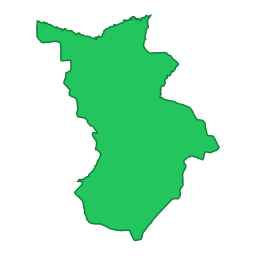 Kouritenga, Kouritenga, Burkina Faso
{"feature_id": "67063806B40595440400203", "entity_name": "Kouritenga", "entity_type": "district", "adm_level": 2, "iso_a3": "BFA", "parent_name": "Burkina Faso", "parent_adm1": "Kouritenga", "projection": "orthographic", "projection_center": [-0.33, 12.181], "detail": "fine", "context": "isolated", "style": "filled", "palette": "green", "viewbox_px": 256, "rotation_deg": 0, "n_neighbors": 0, "source": "geoboundaries", "source_scale": "gbopen_adm2", "svg_char_len": 5624}
<svg xmlns="http://www.w3.org/2000/svg" viewBox="0 0 256 256"><path d="M150.5,15.6L149.9,15.9L148.8,15.9L147.9,16.4L147.2,16.2L146.4,15.4L145.7,15.9L144.3,18.2L143.8,17.5L143.4,17.4L142.6,18.0L141.0,18.2L141.3,20.1L140.8,20.6L140.6,20.1L140.1,19.8L138.9,19.8L138.6,18.5L136.8,18.9L136.7,19.7L135.6,19.5L135.8,18.4L135.0,18.2L135.1,17.5L134.3,17.4L134.2,16.8L133.4,16.6L133.1,16.6L132.0,17.1L131.5,18.3L131.5,18.7L131.8,19.1L131.7,19.6L130.8,19.7L130.2,18.3L129.4,20.0L129.0,19.6L128.3,20.4L127.0,20.2L126.4,21.0L125.6,21.0L124.9,20.7L125.1,20.0L123.6,20.3L123.3,22.3L123.1,22.6L122.5,22.9L120.9,23.1L119.7,23.9L118.3,24.2L117.6,24.9L116.7,25.4L115.1,24.6L114.0,24.8L114.6,25.5L114.3,26.1L113.8,26.5L112.8,26.4L110.4,26.9L110.0,26.8L109.2,28.0L108.2,28.2L107.2,28.8L106.5,28.8L105.9,29.1L104.9,30.2L104.1,30.5L103.8,31.0L104.0,31.9L103.7,32.9L103.4,33.4L103.0,33.5L102.6,34.2L102.5,35.6L102.1,36.3L100.9,36.9L99.1,36.6L98.7,36.1L98.3,36.9L97.7,37.3L97.1,37.1L96.6,37.2L96.9,38.4L96.8,39.1L96.3,39.5L95.6,39.3L95.0,38.8L95.1,37.7L94.1,38.4L93.0,38.2L91.7,38.3L89.8,36.5L88.6,36.6L87.2,36.1L86.2,36.7L85.4,36.5L83.1,35.0L82.1,35.4L81.6,35.4L81.1,34.7L80.1,34.2L79.6,33.7L79.7,33.3L79.2,33.1L78.7,33.0L78.0,33.2L77.6,34.2L75.3,33.8L74.5,33.0L73.6,32.6L71.5,30.6L70.1,30.7L69.4,30.9L68.0,30.7L66.0,30.0L65.5,29.6L65.8,29.2L65.5,28.9L64.6,28.8L64.0,29.0L63.6,29.8L62.3,30.4L61.9,30.2L61.9,29.1L59.7,28.6L58.5,28.0L58.0,28.0L57.0,27.2L56.7,27.6L56.2,27.0L55.0,27.7L50.7,24.8L49.9,24.7L49.7,24.4L48.7,24.6L46.6,22.9L44.7,23.4L44.6,22.5L44.0,22.1L43.6,22.2L43.2,22.6L42.0,22.9L41.2,22.7L39.0,21.4L38.1,21.1L37.3,21.0L37.2,24.6L36.8,27.6L37.0,32.6L37.0,36.0L37.2,37.1L38.4,38.7L41.6,42.2L42.3,42.4L44.2,42.6L51.3,41.9L54.7,41.3L56.0,41.3L59.5,42.3L60.3,43.0L61.0,49.4L60.8,53.7L61.0,56.9L60.8,59.0L61.1,60.6L62.7,60.8L68.7,60.3L69.9,60.6L70.6,60.5L70.9,62.5L71.1,67.3L70.5,70.4L69.7,71.1L65.9,73.0L65.7,77.2L64.4,80.4L63.8,82.9L64.4,84.0L66.9,86.4L68.0,87.8L69.1,88.9L70.1,89.3L69.8,91.2L69.2,92.4L69.5,93.9L69.2,94.7L69.6,95.1L71.2,96.1L71.3,96.5L73.1,96.9L74.5,97.6L75.2,98.0L76.5,99.3L77.2,102.8L77.8,108.5L77.8,109.9L77.0,112.0L76.8,113.1L76.9,114.4L77.1,115.4L77.9,116.7L78.8,117.0L81.9,117.4L84.8,118.1L86.3,119.2L87.3,120.3L87.6,122.4L89.2,124.1L90.2,125.7L91.6,125.7L92.7,126.0L93.6,127.2L95.3,130.0L95.8,130.2L96.3,131.3L97.5,132.9L96.8,133.0L93.3,132.6L92.8,132.8L92.4,133.6L92.4,134.1L92.5,134.9L93.2,136.6L94.6,138.8L95.7,140.1L96.3,141.4L96.7,142.9L96.3,145.7L95.5,148.8L95.6,149.6L95.9,149.8L96.9,149.6L101.0,153.7L100.5,154.1L100.6,155.3L100.1,155.9L99.7,157.7L98.7,159.3L98.4,160.2L97.8,160.4L97.4,162.1L97.1,162.3L97.3,163.0L96.6,163.9L96.1,165.6L94.8,166.3L95.0,167.4L94.9,168.0L94.7,168.4L93.7,169.2L93.5,170.3L93.3,170.3L92.4,171.5L92.0,171.5L90.7,173.0L90.3,173.1L89.2,174.7L88.8,174.7L88.9,175.5L88.5,176.5L87.1,176.7L86.5,177.0L85.4,177.8L84.6,178.6L83.9,178.7L83.5,179.1L83.0,179.3L80.7,179.8L79.9,179.4L79.1,179.6L78.2,180.8L77.8,181.3L82.3,181.6L82.3,183.4L82.0,184.3L81.5,185.2L75.1,191.6L74.8,192.4L74.8,193.0L75.8,194.3L80.4,198.5L82.5,201.0L83.4,202.9L83.2,203.6L83.6,205.5L83.4,206.6L84.0,208.1L84.3,208.2L84.7,211.6L84.5,212.1L84.7,212.7L84.6,213.3L84.7,213.7L85.1,213.9L85.5,214.4L86.1,215.8L86.2,216.7L86.7,217.7L86.6,218.7L87.3,220.0L89.5,222.5L91.8,223.4L96.2,224.0L98.1,223.8L99.8,223.9L101.3,224.3L106.6,226.7L110.3,228.7L114.8,229.8L117.9,230.3L122.3,230.6L123.8,230.3L127.9,230.2L128.5,230.0L129.0,230.2L129.4,230.5L130.5,232.5L131.0,234.1L133.7,239.4L134.4,240.3L135.2,240.6L140.5,239.4L141.0,239.2L141.4,238.7L141.9,237.4L142.2,235.2L142.9,233.0L145.0,230.2L146.0,229.2L146.6,227.8L149.5,224.3L150.8,223.2L153.5,219.2L156.9,215.3L171.1,200.2L173.2,198.8L175.9,198.6L178.0,198.8L178.4,198.5L179.8,196.6L180.4,194.6L179.9,191.1L179.9,190.3L180.9,188.1L183.0,185.2L183.0,184.1L182.4,181.7L183.0,181.7L182.6,175.0L182.9,173.0L183.8,170.9L185.3,168.6L185.8,167.0L185.8,165.1L184.9,164.4L184.6,164.0L184.0,162.3L183.8,161.1L184.1,160.6L185.9,158.9L188.6,156.8L189.2,156.5L189.6,156.8L190.1,156.7L190.8,156.0L192.1,156.0L193.9,156.7L196.3,157.1L197.0,157.3L198.3,158.5L199.7,158.5L201.6,159.4L202.7,159.7L203.7,157.5L204.4,153.5L205.7,151.7L208.7,152.5L210.8,152.6L215.2,150.6L216.3,150.5L217.3,149.5L217.9,149.3L218.0,148.7L218.8,147.9L219.2,147.1L218.5,146.6L216.6,142.4L214.5,138.3L213.4,136.6L212.6,136.1L211.5,135.8L207.6,135.6L207.1,135.2L206.7,132.6L205.2,126.9L205.3,124.6L205.1,123.4L203.8,121.4L202.7,120.6L201.7,120.2L197.6,119.7L196.6,118.9L194.2,115.2L192.3,110.9L190.4,108.3L189.0,107.2L183.2,104.8L178.6,103.7L173.3,101.4L168.9,100.6L164.9,99.6L163.8,99.1L162.9,98.3L159.8,97.0L160.2,96.1L160.4,96.0L161.0,93.6L160.8,92.7L160.0,91.9L160.0,91.7L160.6,91.4L160.7,90.3L160.9,89.8L160.3,89.6L160.3,89.1L160.9,88.3L160.9,87.0L161.4,86.3L163.5,85.9L164.1,85.6L164.3,85.2L164.3,84.7L164.5,84.0L165.0,83.5L165.3,83.0L164.7,81.1L164.9,80.3L165.6,78.7L166.5,78.0L166.9,78.2L167.3,77.7L167.4,75.4L168.7,75.9L169.3,75.8L170.1,75.2L170.7,74.4L171.0,73.7L171.3,71.7L171.9,71.3L172.8,71.9L173.6,71.3L174.3,70.0L174.9,69.5L175.4,68.7L175.4,67.7L175.6,67.0L176.9,66.4L178.5,64.1L177.1,62.2L176.1,61.3L174.6,60.1L173.1,59.4L172.1,57.8L171.7,57.5L170.9,55.9L168.3,54.9L167.0,53.9L167.0,53.6L166.4,53.1L165.5,52.7L164.4,52.5L160.0,52.8L153.5,52.9L150.6,53.2L149.4,52.9L146.2,50.5L144.9,48.2L143.5,46.3L143.7,43.9L144.3,41.0L144.7,40.1L145.6,39.3L145.7,38.8L144.9,36.8L145.5,34.1L146.1,32.9L145.9,30.3L147.1,28.4L148.2,27.4L148.3,25.9L148.1,25.4L147.7,25.0L147.4,24.2L147.8,22.4L147.5,21.0L147.6,20.2L147.9,20.0L148.2,19.0L148.9,18.2L150.5,15.6Z" fill="#22c55e" stroke="#15803d" stroke-width="1.5"/></svg>